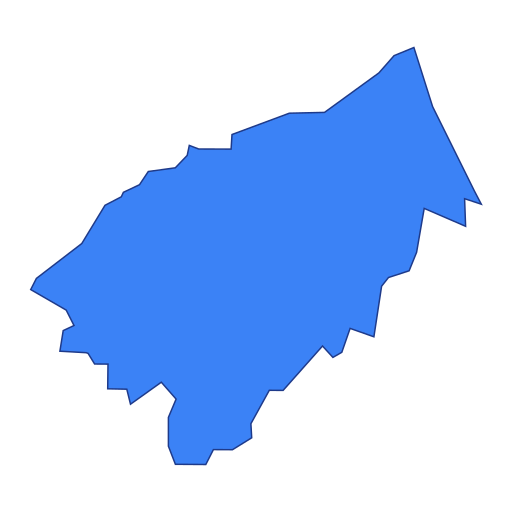 Roane, Tennessee, United States of America
{"feature_id": "52423323B98361785836731", "entity_name": "Roane", "entity_type": "district", "adm_level": 2, "iso_a3": "USA", "parent_name": "United States of America", "parent_adm1": "Tennessee", "projection": "robinson", "projection_center": [-84.545, 35.847], "detail": "fine", "context": "isolated", "style": "filled", "palette": "blue", "viewbox_px": 512, "rotation_deg": 0, "n_neighbors": 0, "source": "geoboundaries", "source_scale": "gbopen_adm2", "svg_char_len": 815}
<svg xmlns="http://www.w3.org/2000/svg" viewBox="0 0 512 512"><path d="M474.2,190.6L432.6,106.6L413.9,47.5L394.1,55.6L378.9,72.9L324.5,112.4L289.3,113.2L232.0,134.5L231.1,149.1L198.7,149.0L189.3,145.4L187.2,155.4L175.3,167.8L148.3,171.5L139.5,184.7L123.4,192.3L121.3,196.8L105.0,205.3L81.8,243.5L36.4,278.4L30.7,289.6L66.2,310.1L74.0,325.5L63.2,330.6L59.9,351.2L86.2,352.7L88.1,353.4L94.6,364.0L108.0,364.1L107.7,388.8L126.8,389.2L130.5,404.2L161.3,382.2L176.1,399.1L168.4,417.4L168.4,446.2L175.4,464.3L205.8,464.5L213.4,449.6L232.5,449.7L251.7,437.8L250.9,423.7L269.3,390.3L283.1,390.4L322.5,346.0L332.9,357.4L341.8,352.3L350.1,328.4L373.9,336.8L381.6,286.2L388.5,277.5L409.1,270.8L416.6,252.3L424.2,208.4L465.6,226.3L464.6,198.7L481.3,204.2L474.2,190.6Z" fill="#3b82f6" stroke="#1e3a8a" stroke-width="1.5"/></svg>